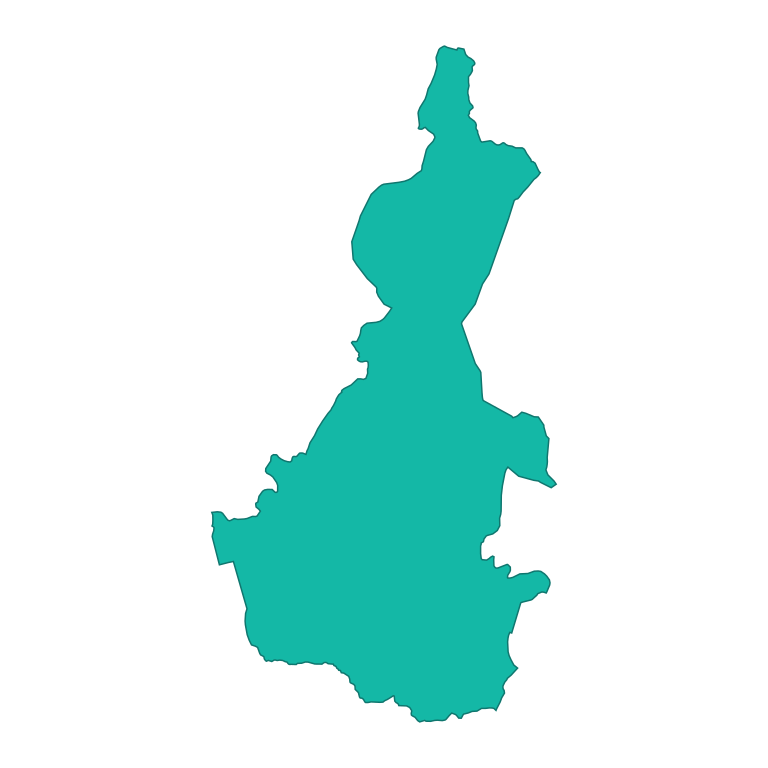 outline of Lomas de Sargentillo, Guayas, Ecuador
{"feature_id": "8360857B38256129042157", "entity_name": "Lomas de Sargentillo", "entity_type": "district", "adm_level": 2, "iso_a3": "ECU", "parent_name": "Ecuador", "parent_adm1": "Guayas", "projection": "mercator", "projection_center": [-80.083, -1.835], "detail": "fine", "context": "isolated", "style": "filled", "palette": "teal", "viewbox_px": 768, "rotation_deg": 0, "n_neighbors": 0, "source": "geoboundaries", "source_scale": "gbopen_adm2", "svg_char_len": 6095}
<svg xmlns="http://www.w3.org/2000/svg" viewBox="0 0 768 768"><path d="M540.3,172.6L539.4,172.0L537.9,169.3L535.1,163.2L533.0,161.7L532.0,161.5L531.3,161.6L530.9,159.6L526.6,153.5L524.9,150.2L523.8,148.8L522.2,147.9L515.7,147.9L512.1,146.2L508.1,145.6L505.9,144.5L504.5,143.2L503.5,142.8L502.7,142.9L499.9,144.7L498.3,145.0L496.7,144.8L495.3,144.1L492.1,141.5L490.9,140.9L490.0,140.8L481.9,142.1L480.6,141.0L477.7,133.0L477.6,131.0L476.1,128.8L476.0,127.3L476.3,125.1L475.6,122.9L474.2,121.1L469.5,117.6L468.3,115.2L469.4,113.5L469.3,111.6L470.2,110.2L472.9,107.9L473.0,107.4L472.6,105.9L469.9,102.9L468.8,99.6L468.7,97.0L467.8,93.4L467.9,90.5L469.0,85.7L468.5,82.5L468.5,76.7L470.4,74.4L471.8,72.0L472.4,70.6L472.1,67.0L472.5,66.2L474.5,64.5L474.8,63.6L474.7,62.8L473.6,60.8L470.8,58.5L468.1,57.1L465.7,54.5L463.9,49.1L458.5,48.0L457.6,48.3L456.9,50.0L447.2,47.4L444.7,46.1L443.4,46.4L440.0,48.4L438.9,49.7L436.2,57.2L436.2,59.1L437.2,64.4L436.3,69.1L434.6,75.0L431.1,83.4L428.2,88.8L426.6,95.0L425.1,99.3L420.0,107.5L418.4,111.5L418.1,113.2L419.4,124.3L419.3,126.2L418.3,128.2L418.6,128.7L419.7,129.1L421.5,129.2L422.5,128.9L424.0,127.8L425.3,127.4L428.3,130.5L433.6,134.1L434.9,136.9L434.8,137.8L433.1,141.3L428.3,146.4L426.4,149.7L423.5,161.3L422.1,165.7L421.9,168.9L421.3,170.7L417.1,173.4L411.3,178.3L408.7,179.7L404.7,181.2L399.0,182.3L383.8,184.2L381.6,185.1L378.9,187.1L371.2,194.4L360.4,216.0L359.1,220.7L351.8,241.7L353.2,259.2L356.6,264.6L367.3,278.6L376.2,287.1L376.8,288.3L376.7,292.1L378.4,296.2L384.1,304.2L391.7,308.0L389.7,311.1L384.4,318.0L382.9,319.4L380.0,321.3L376.2,322.3L367.0,323.2L363.8,325.4L361.4,327.8L360.8,330.3L360.4,333.4L359.6,335.9L357.0,341.3L356.0,341.6L352.7,341.5L351.6,342.5L351.6,342.9L355.0,347.6L356.2,350.0L359.2,353.2L358.6,355.0L359.4,356.8L357.8,358.1L357.5,359.0L357.6,359.9L358.9,361.0L360.3,361.7L362.2,361.9L365.1,361.2L366.6,361.2L367.3,361.5L368.1,362.3L368.3,365.4L368.1,367.6L367.5,369.1L367.7,373.3L365.9,378.4L363.4,379.4L360.9,378.9L357.7,378.9L351.2,385.0L344.1,388.6L341.9,390.3L341.5,391.3L341.9,392.1L339.0,394.6L337.8,396.4L336.3,399.0L335.6,401.2L333.6,405.3L331.8,408.1L331.0,409.9L328.0,413.4L322.7,420.9L317.7,428.9L314.5,435.7L310.0,442.8L308.2,448.4L307.0,450.8L305.9,454.4L302.8,453.1L300.8,453.0L299.5,453.2L296.7,456.4L295.7,456.6L293.9,456.4L293.0,456.7L292.2,458.1L291.7,460.8L290.1,462.0L287.6,461.7L284.2,460.7L281.1,459.1L278.6,457.3L277.2,455.4L276.5,454.8L273.4,454.7L271.6,455.9L271.1,457.0L270.7,461.1L265.8,468.5L265.6,471.3L266.9,473.2L270.4,475.0L272.9,477.0L276.7,482.6L277.7,485.5L277.6,491.3L276.7,492.3L275.7,492.4L275.0,492.2L272.2,489.5L267.7,489.4L264.5,490.0L262.7,491.2L261.9,492.2L259.0,496.3L257.8,502.1L256.0,503.1L255.7,503.9L256.1,507.0L258.7,509.1L260.4,511.1L257.1,516.0L255.8,516.5L252.4,516.4L247.1,518.5L244.3,519.0L237.7,519.4L234.2,518.6L230.7,520.4L229.4,520.8L227.7,520.1L222.6,513.3L220.9,512.2L217.3,511.8L211.8,512.4L212.8,515.1L212.9,520.3L212.7,524.2L212.0,526.0L213.3,526.8L213.9,527.4L214.0,528.0L213.7,530.9L212.6,534.2L212.2,536.6L219.4,564.8L228.4,562.5L233.4,561.5L247.0,608.8L245.6,613.4L245.1,621.0L245.4,624.8L247.2,634.7L249.2,640.2L251.5,644.9L255.4,646.2L257.6,647.4L259.7,653.3L260.6,654.9L263.0,656.1L264.0,657.0L264.3,658.9L265.5,660.6L266.4,661.2L268.4,660.4L271.8,661.5L274.1,660.1L275.2,660.0L277.1,660.5L279.8,660.1L282.8,660.5L285.2,661.7L286.9,662.0L288.1,663.6L288.8,664.2L290.0,664.5L290.6,664.3L296.2,664.5L297.4,663.4L301.7,663.2L305.4,662.0L308.1,662.1L314.9,664.0L322.0,664.1L324.0,662.6L325.7,662.4L326.5,662.6L328.1,663.7L333.4,664.2L333.9,665.5L336.0,666.4L336.8,668.2L338.0,669.0L338.8,670.3L340.4,670.5L341.3,672.7L343.8,673.1L348.7,676.3L349.7,679.0L350.0,682.1L350.5,682.8L353.6,684.3L354.4,685.1L355.0,686.1L355.2,689.4L358.4,692.6L359.5,697.0L360.2,698.0L362.0,698.2L363.4,699.3L364.9,702.0L365.6,702.5L368.0,702.5L371.1,701.9L379.9,702.3L383.0,702.1L384.7,700.7L387.5,699.4L393.3,695.8L394.2,696.1L394.8,701.1L396.1,702.6L397.6,703.4L398.4,704.3L398.8,705.6L406.6,705.9L409.7,707.5L411.5,710.3L411.7,711.1L411.2,713.4L411.4,715.0L412.3,715.8L415.1,717.3L417.7,720.6L419.7,721.9L424.7,720.4L426.0,721.2L430.6,721.3L434.7,720.4L437.5,720.2L442.3,720.6L445.1,720.0L446.0,719.4L449.2,715.6L451.7,713.1L455.3,714.4L456.4,715.2L458.7,718.1L461.3,718.2L463.1,714.8L463.7,714.1L468.4,712.9L472.1,711.4L477.0,711.1L481.5,708.4L485.3,708.4L489.5,707.9L492.2,708.0L493.9,708.4L496.0,710.4L496.6,708.9L500.2,701.9L501.7,697.8L504.5,693.1L504.1,690.4L503.2,689.0L502.9,687.5L503.0,685.9L504.8,682.1L506.8,679.7L507.4,678.3L511.2,675.1L517.6,668.1L513.8,665.0L511.0,659.8L509.1,655.6L508.1,651.8L507.6,641.8L508.0,638.1L508.6,635.2L509.8,632.4L511.7,633.0L520.7,603.0L521.2,602.5L523.2,601.9L530.9,600.0L532.2,599.4L537.0,595.0L537.7,593.7L541.8,592.0L543.9,592.2L546.2,593.0L546.8,591.9L549.7,585.0L550.0,582.8L549.4,579.9L546.8,576.2L544.5,573.9L540.8,571.4L538.2,571.0L534.2,571.2L528.0,573.5L519.9,573.9L512.8,577.4L509.9,578.1L507.7,578.0L507.5,577.7L507.7,575.3L509.9,571.7L510.4,570.2L510.3,567.1L508.0,564.8L507.6,564.5L506.9,564.5L497.9,568.0L496.1,568.1L495.0,567.4L493.9,565.8L493.7,559.8L494.0,556.8L492.6,556.1L490.6,557.2L489.1,558.6L486.6,560.1L482.1,559.7L481.2,558.5L480.6,553.7L480.6,550.5L480.6,545.9L481.1,544.4L481.2,543.0L483.4,541.7L484.0,539.0L486.2,536.0L487.4,535.4L492.8,533.9L497.3,530.5L499.8,525.7L499.6,518.1L500.7,514.4L501.1,511.1L501.3,495.4L502.4,485.8L504.9,473.0L506.1,469.6L507.9,467.1L518.7,476.2L533.8,480.3L538.5,481.0L540.4,482.3L551.2,487.7L556.2,484.2L554.0,481.0L547.9,474.9L545.9,469.9L546.8,466.9L547.2,464.1L547.4,461.7L547.2,457.5L548.9,438.6L546.3,435.9L543.9,427.1L543.8,425.1L538.3,417.0L534.2,416.8L525.8,413.3L521.8,412.2L517.5,415.9L515.9,416.7L512.9,417.7L511.7,416.2L484.0,401.0L482.9,400.0L482.4,397.3L482.0,392.9L480.8,372.4L480.1,370.8L475.3,363.6L461.5,323.8L462.0,321.9L475.2,304.1L482.5,284.0L489.0,273.9L508.5,218.7L514.3,200.3L516.1,199.1L517.7,198.8L519.4,196.9L523.0,192.1L527.9,186.9L534.0,179.3L536.3,177.6L538.3,175.5L540.3,172.6Z" fill="#14b8a6" stroke="#0f766e" stroke-width="1.5"/></svg>